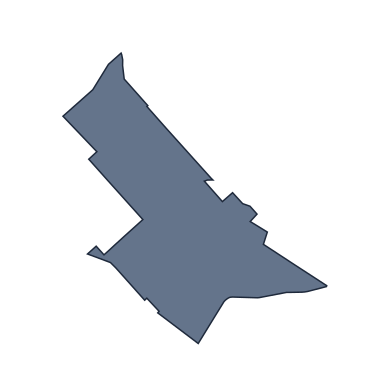 outline of Presidente Perón, Buenos Aires, Argentina, rotated 259°
{"feature_id": "61730980B23857431741611", "entity_name": "Presidente Perón", "entity_type": "district", "adm_level": 2, "iso_a3": "ARG", "parent_name": "Argentina", "parent_adm1": "Buenos Aires", "projection": "robinson", "projection_center": [-58.406, -34.942], "detail": "fine", "context": "isolated", "style": "filled", "palette": "slate", "viewbox_px": 384, "rotation_deg": 259, "n_neighbors": 0, "source": "geoboundaries", "source_scale": "gbopen_adm2", "svg_char_len": 839}
<svg xmlns="http://www.w3.org/2000/svg" viewBox="0 0 384 384"><g transform="rotate(259 192 192)"><path d="M42.1,169.2L65.4,190.6L78.3,202.5L79.5,204.2L80.4,206.0L81.1,207.7L81.4,209.3L81.2,211.6L75.7,236.0L75.5,237.7L75.4,265.8L75.0,267.7L72.7,280.8L72.4,283.4L72.3,286.5L73.5,305.9L74.3,306.4L101.1,278.7L127.0,252.1L138.3,258.3L151.9,243.5L157.9,251.6L167.0,246.2L170.9,239.5L183.6,231.7L176.8,220.0L200.3,206.2L200.8,209.4L199.8,214.8L202.0,213.3L258.5,179.4L284.6,164.0L285.2,165.1L315.8,147.0L329.3,148.0L335.0,149.2L340.2,149.2L341.9,148.9L333.3,134.4L311.3,114.1L291.0,79.8L249.7,106.3L243.9,96.9L218.2,112.2L174.3,138.5L161.8,117.7L154.8,106.2L151.5,100.9L147.1,93.6L157.1,87.6L151.1,77.6L138.3,98.5L132.1,102.7L94.8,124.9L96.4,127.4L81.2,136.9L79.9,135.3L42.1,169.2Z" fill="#64748b" stroke="#1e293b" stroke-width="1.5"/></g></svg>